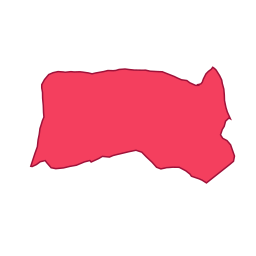 outline of Pategi, Kwara, Nigeria, rotated 170°
{"feature_id": "59680162B29829764060990", "entity_name": "Pategi", "entity_type": "district", "adm_level": 2, "iso_a3": "NGA", "parent_name": "Nigeria", "parent_adm1": "Kwara", "projection": "mercator", "projection_center": [5.775, 8.653], "detail": "fine", "context": "isolated", "style": "filled", "palette": "rose", "viewbox_px": 256, "rotation_deg": 170, "n_neighbors": 0, "source": "geoboundaries", "source_scale": "gbopen_adm2", "svg_char_len": 1672}
<svg xmlns="http://www.w3.org/2000/svg" viewBox="0 0 256 256"><g transform="rotate(170 128 128)"><path d="M34.0,173.1L35.8,171.4L39.0,169.8L41.8,167.8L45.3,163.1L46.9,160.2L48.6,158.8L50.5,158.6L51.6,158.6L51.2,157.8L54.0,158.2L56.5,159.9L59.3,161.8L61.8,164.5L67.0,166.2L70.6,168.6L73.5,170.7L84.6,177.5L84.8,177.5L88.6,178.3L96.3,180.1L100.6,181.9L102.5,182.2L104.3,182.5L111.9,184.0L116.5,185.3L120.7,186.6L122.8,186.8L126.6,187.2L129.9,186.8L132.6,187.0L137.9,188.1L142.1,187.8L146.7,187.8L150.3,187.8L154.0,187.6L157.4,189.1L162.0,190.6L162.5,190.8L165.6,191.7L171.2,192.5L174.4,193.4L180.2,193.8L181.9,194.4L187.1,195.7L192.2,195.5L196.8,194.4L197.7,193.6L198.0,193.4L201.8,190.2L205.4,185.7L205.9,183.1L206.0,182.1L206.0,177.9L206.9,172.2L207.5,165.0L208.5,157.8L208.9,153.3L211.0,150.1L212.7,146.7L214.8,142.7L216.5,137.2L218.6,131.9L220.5,125.3L224.0,119.2L230.4,107.2L229.1,106.7L226.4,107.4L224.5,107.9L220.3,110.0L215.2,110.3L214.0,107.9L210.6,102.2L209.5,101.8L206.2,100.5L198.5,99.9L191.8,100.3L185.3,100.3L176.7,102.2L171.2,102.6L170.2,100.9L162.2,103.0L158.2,104.5L151.3,102.6L147.5,103.5L141.9,103.9L141.3,103.9L131.4,104.5L124.0,104.7L118.6,101.8L115.0,96.5L110.2,90.1L106.7,84.4L102.7,82.0L97.7,82.2L97.2,82.3L94.8,82.0L90.5,81.6L89.6,81.4L84.4,80.4L78.6,75.9L75.0,71.9L73.9,69.5L71.0,67.9L66.6,65.5L64.9,64.3L64.1,63.8L60.3,60.3L34.4,74.3L29.9,76.9L28.0,81.9L29.9,93.6L32.7,98.4L36.5,101.4L38.1,105.2L35.4,110.2L33.0,112.9L30.7,117.8L26.9,120.3L25.6,119.3L27.4,126.4L28.0,131.2L28.2,138.3L27.4,143.9L26.9,149.7L27.3,154.3L27.4,155.1L27.4,159.0L28.7,163.6L31.2,169.8L32.5,171.6L34.0,173.1Z" fill="#f43f5e" stroke="#9f1239" stroke-width="1.5"/></g></svg>